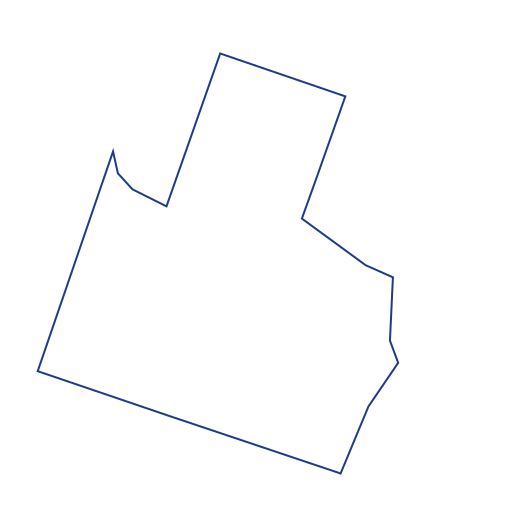 Putnam, Illinois, United States of America, rotated 109°
{"feature_id": "52423323B60390957293359", "entity_name": "Putnam", "entity_type": "district", "adm_level": 2, "iso_a3": "USA", "parent_name": "United States of America", "parent_adm1": "Illinois", "projection": "equal_earth", "projection_center": [-89.303, 41.213], "detail": "fine", "context": "isolated", "style": "outline", "palette": "blue", "viewbox_px": 512, "rotation_deg": 109, "n_neighbors": 0, "source": "geoboundaries", "source_scale": "gbopen_adm2", "svg_char_len": 367}
<svg xmlns="http://www.w3.org/2000/svg" viewBox="0 0 512 512"><g transform="rotate(109 256 256)"><path d="M434.1,105.2L361.7,100.7L310.7,86.8L292.4,101.8L231.6,119.6L229.0,149.4L205.7,224.8L161.7,224.2L76.0,223.5L76.2,355.8L238.2,356.8L233.2,394.4L222.8,413.5L203.7,425.2L436.0,424.9L435.5,287.9L434.1,105.2Z" fill="none" stroke="#1e3a8a" stroke-width="2"/></g></svg>